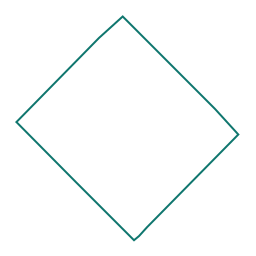 Roscommon, Michigan, United States of America, rotated 45°
{"feature_id": "52423323B93636603770838", "entity_name": "Roscommon", "entity_type": "district", "adm_level": 2, "iso_a3": "USA", "parent_name": "United States of America", "parent_adm1": "Michigan", "projection": "robinson", "projection_center": [-84.548, 44.336], "detail": "fine", "context": "isolated", "style": "outline", "palette": "teal", "viewbox_px": 256, "rotation_deg": 45, "n_neighbors": 0, "source": "geoboundaries", "source_scale": "gbopen_adm2", "svg_char_len": 277}
<svg xmlns="http://www.w3.org/2000/svg" viewBox="0 0 256 256"><g transform="rotate(45 128 128)"><path d="M210.6,54.6L176.1,53.0L45.4,52.9L43.8,84.8L44.9,202.7L128.9,203.1L211.6,203.1L212.2,196.7L211.6,184.5L210.6,54.6Z" fill="none" stroke="#0f766e" stroke-width="2"/></g></svg>